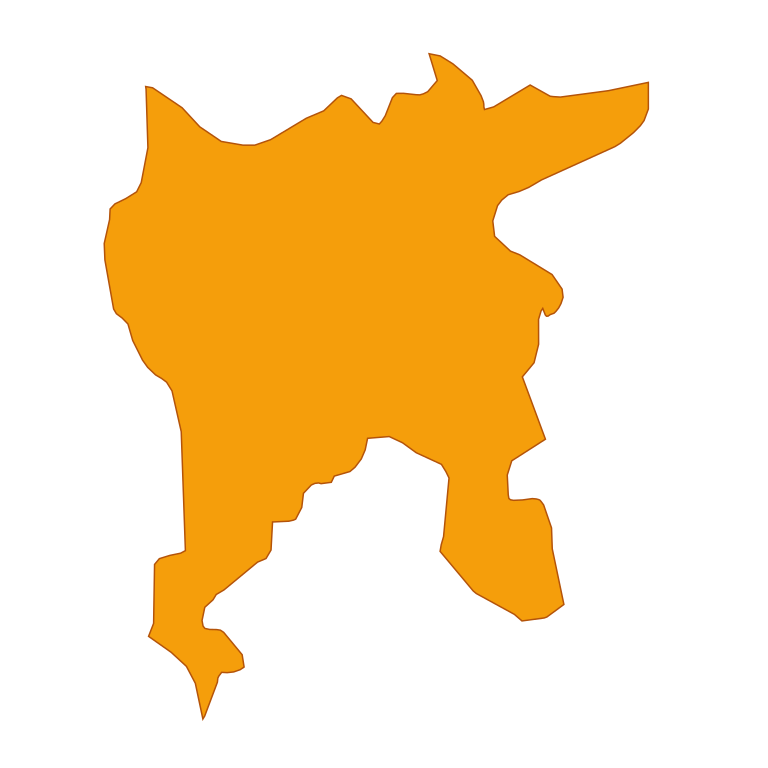 Aargau, Robinson projection, rotated 268°
{"feature_id": "CHE-162", "entity_name": "Aargau", "entity_type": "Canton", "adm_level": 1, "iso_a3": "CHE", "parent_name": "Switzerland", "parent_adm1": "", "projection": "robinson", "projection_center": [8.112, 47.382], "detail": "fine", "context": "isolated", "style": "filled", "palette": "amber", "viewbox_px": 768, "rotation_deg": 268, "n_neighbors": 0, "source": "natural_earth", "source_scale": "10m", "svg_char_len": 2349}
<svg xmlns="http://www.w3.org/2000/svg" viewBox="0 0 768 768"><g transform="rotate(268 384 384)"><path d="M534.2,109.3L557.9,115.5L568.5,116.4L573.4,121.4L578.3,132.4L584.7,143.5L593.7,148.4L628.4,156.3L686.9,156.5L689.6,156.2L688.1,163.1L667.1,191.9L647.4,208.9L632.1,229.8L627.6,251.5L627.2,263.2L632.1,279.1L652.3,315.6L659.1,333.3L671.6,347.4L673.9,351.6L670.1,361.1L645.8,382.2L644.0,388.4L646.7,391.0L652.0,394.6L669.9,402.4L674.0,406.5L673.8,413.7L672.0,426.1L671.7,429.8L672.6,433.5L674.6,437.9L685.4,447.8L712.5,440.6L709.9,451.6L701.5,464.1L684.5,482.8L668.7,491.1L662.6,493.2L660.2,493.5L657.4,493.5L654.8,494.0L657.1,503.3L677.7,540.5L665.8,560.1L665.3,563.2L664.6,570.3L669.3,618.5L676.2,658.7L675.5,658.7L649.6,657.8L638.2,653.1L633.2,649.2L626.5,642.1L616.4,628.7L613.2,623.1L582.5,548.6L575.5,535.6L571.7,525.8L568.8,514.7L563.7,508.1L558.3,503.7L543.2,498.4L527.7,499.7L512.4,515.0L508.3,524.3L487.5,555.8L472.6,565.3L464.4,566.0L458.2,563.7L453.9,561.2L450.5,558.3L448.8,556.4L447.6,552.6L446.1,550.3L446.1,548.7L447.4,547.6L454.0,545.3L451.5,543.5L443.2,540.7L418.3,539.9L400.0,534.7L386.3,522.5L323.2,543.4L302.8,509.0L288.7,504.0L269.1,504.3L265.3,504.8L263.9,506.3L263.2,509.4L263.3,518.5L264.3,528.2L263.8,532.2L263.1,534.5L262.6,535.6L261.1,536.9L257.6,539.3L234.3,546.4L213.4,546.4L157.4,556.1L145.5,538.7L144.6,536.0L142.4,513.6L149.2,506.3L171.4,468.9L174.1,465.9L214.8,434.2L221.4,435.6L229.4,438.2L287.8,445.7L294.3,442.8L301.7,438.6L314.2,413.8L324.6,400.5L331.3,387.4L330.3,365.7L318.8,362.9L309.9,358.7L301.9,352.2L297.7,346.9L293.7,331.1L287.6,327.9L286.6,317.6L287.4,315.2L287.1,311.5L285.6,307.8L277.6,299.7L263.5,297.5L252.0,291.0L251.1,288.7L250.2,284.1L250.0,267.8L222.0,265.3L213.7,260.0L210.4,251.4L183.8,216.9L179.5,209.0L174.3,205.6L167.1,197.1L154.0,193.9L148.5,194.7L146.0,196.4L144.8,201.1L144.4,208.2L143.7,211.9L141.4,215.1L118.4,232.8L106.0,234.3L103.5,230.3L101.5,223.8L101.0,217.2L101.5,211.7L98.1,208.9L96.0,207.7L91.8,207.1L58.4,193.2L55.5,191.3L91.5,185.0L108.7,176.7L123.3,161.9L140.0,139.9L152.8,145.4L211.7,148.4L217.3,153.4L220.2,164.1L222.0,174.8L224.4,179.7L343.4,179.7L384.5,171.9L393.4,166.8L397.4,161.8L401.1,156.0L408.9,148.4L416.3,143.5L436.2,134.4L452.9,130.2L459.1,124.6L463.6,119.0L468.4,116.4L517.7,109.4L534.2,109.3Z" fill="#f59e0b" stroke="#b45309" stroke-width="1.5"/></g></svg>